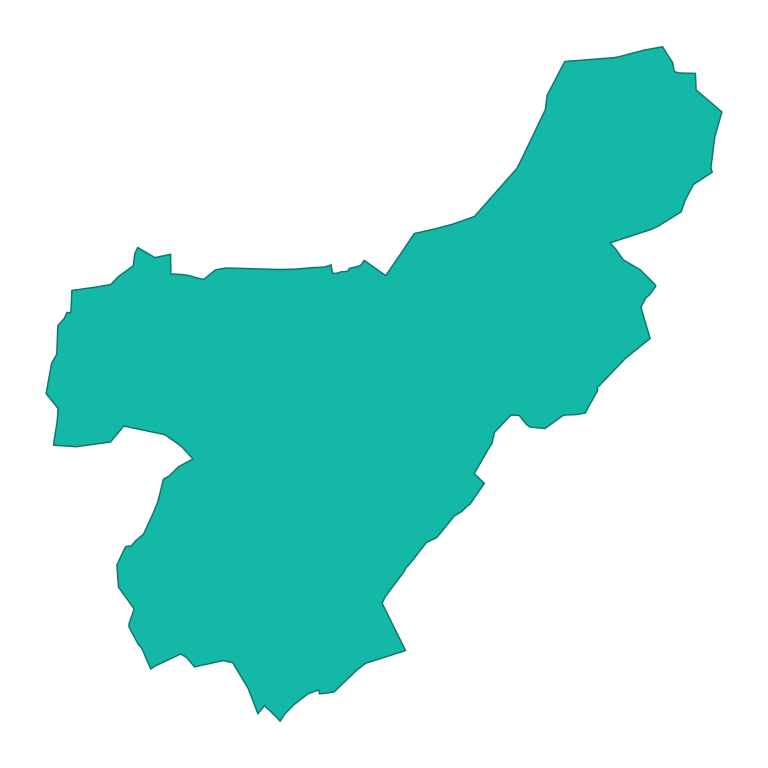 Babura, Jigawa, Nigeria
{"feature_id": "59680162B12953009585437", "entity_name": "Babura", "entity_type": "district", "adm_level": 2, "iso_a3": "NGA", "parent_name": "Nigeria", "parent_adm1": "Jigawa", "projection": "orthographic", "projection_center": [8.842, 12.599], "detail": "fine", "context": "isolated", "style": "filled", "palette": "teal", "viewbox_px": 768, "rotation_deg": 0, "n_neighbors": 0, "source": "geoboundaries", "source_scale": "gbopen_adm2", "svg_char_len": 2454}
<svg xmlns="http://www.w3.org/2000/svg" viewBox="0 0 768 768"><path d="M46.1,393.6L58.1,408.4L57.2,421.3L55.4,432.5L54.3,439.3L53.6,445.2L76.5,446.7L110.4,442.0L120.1,430.5L123.7,426.0L156.5,432.9L164.9,434.7L181.4,446.4L189.7,455.3L192.9,459.0L178.6,466.7L169.1,476.0L163.4,479.2L157.9,501.7L151.7,516.5L143.4,534.4L136.0,540.4L132.7,544.3L131.5,545.8L125.6,546.6L116.9,565.0L118.5,587.2L134.1,608.8L132.6,613.7L129.9,621.1L129.0,624.0L129.1,627.1L138.6,645.0L141.1,647.4L143.2,651.2L144.5,654.7L150.8,668.9L155.8,665.7L180.6,654.0L186.5,657.3L194.5,666.9L223.0,660.6L232.7,662.7L233.1,663.3L248.2,688.5L257.9,713.7L264.8,705.2L265.5,706.8L270.9,711.7L275.5,716.2L278.2,719.0L280.1,721.2L284.6,714.3L293.9,704.7L308.2,693.6L318.7,690.0L319.6,693.8L323.2,693.5L334.1,691.9L356.8,670.1L365.8,663.2L383.5,657.6L405.5,650.5L382.1,603.3L385.2,596.8L404.1,571.5L405.8,568.1L411.5,561.7L426.3,542.6L436.9,537.4L452.9,517.7L454.4,515.9L462.4,511.0L467.1,506.1L469.8,504.5L484.3,483.4L474.2,473.6L482.9,458.5L486.8,451.7L487.6,450.2L491.9,443.5L494.4,432.5L511.0,415.0L519.3,415.5L524.6,422.2L526.6,424.6L530.2,427.1L545.0,428.5L563.4,415.2L568.7,414.8L576.1,414.6L585.2,413.0L590.9,402.6L597.7,390.3L597.6,389.5L597.0,388.1L597.4,387.1L598.3,386.6L625.7,358.1L650.1,338.5L640.9,307.2L645.7,298.1L649.6,294.7L655.8,286.2L654.5,284.0L640.0,269.7L623.1,259.7L615.9,249.3L610.1,242.8L651.5,229.3L659.1,225.6L681.2,211.8L685.0,200.6L693.2,184.7L702.9,178.3L712.2,172.2L710.9,167.9L711.5,163.1L711.9,159.9L714.8,136.9L721.9,112.0L696.1,90.0L695.4,73.4L679.0,73.0L674.3,71.6L672.5,62.4L662.5,46.8L645.0,49.9L618.3,56.9L613.5,57.7L564.8,61.5L547.2,95.1L545.3,109.8L521.9,158.5L517.1,168.2L474.4,216.5L451.9,224.4L434.5,229.0L414.3,233.5L397.5,258.5L385.7,275.6L364.2,260.4L363.9,260.9L363.4,261.4L363.1,261.8L362.9,262.2L362.8,262.7L362.2,263.4L361.0,264.9L360.3,265.8L358.5,266.1L355.9,266.9L352.4,267.7L349.4,268.4L348.7,269.6L348.5,270.7L345.8,271.5L343.2,271.8L341.9,271.5L338.2,272.9L334.7,273.4L332.7,273.3L331.9,270.0L331.1,264.9L323.9,267.2L313.1,267.6L294.7,269.2L278.6,269.5L225.9,268.0L215.4,269.9L204.0,279.3L200.1,278.8L190.3,275.9L182.6,274.6L175.5,274.1L170.8,274.1L170.6,254.3L154.8,257.6L137.8,247.6L137.7,247.6L134.9,253.2L133.2,265.9L118.9,276.2L110.6,284.6L95.3,287.2L71.9,290.4L71.1,309.3L70.6,312.7L68.8,312.6L66.9,312.5L64.3,318.4L57.9,325.6L57.6,331.6L56.8,354.1L51.6,363.4L46.1,393.6Z" fill="#14b8a6" stroke="#0f766e" stroke-width="1.5"/></svg>